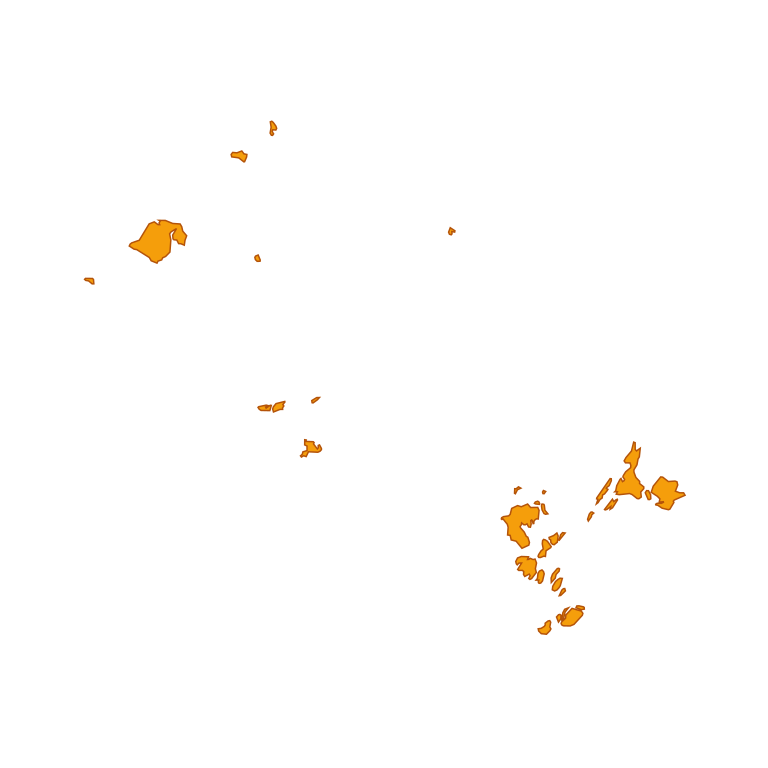 the border of Kepulauan Riau, rotated 256°
{"feature_id": "IDN-1796", "entity_name": "Kepulauan Riau", "entity_type": "Province", "adm_level": 1, "iso_a3": "IDN", "parent_name": "Indonesia", "parent_adm1": "", "projection": "albers", "projection_center": [105.285, 2.055], "detail": "fine", "context": "isolated", "style": "filled", "palette": "amber", "viewbox_px": 768, "rotation_deg": 256, "n_neighbors": 0, "source": "natural_earth", "source_scale": "10m", "svg_char_len": 6192}
<svg xmlns="http://www.w3.org/2000/svg" viewBox="0 0 768 768"><g transform="rotate(256 384 384)"><path d="M596.2,206.3L597.2,205.3L595.6,211.4L590.9,217.8L588.6,224.9L585.5,225.8L581.0,225.7L575.6,228.4L571.6,225.7L567.0,223.8L569.2,220.9L569.9,218.7L573.8,217.8L574.8,215.0L575.9,214.4L579.6,215.0L585.0,220.3L583.2,214.3L581.6,212.3L575.3,212.0L563.8,208.2L560.6,203.0L560.0,199.8L558.2,198.3L557.9,194.4L556.2,193.0L559.9,187.9L563.5,186.9L574.2,176.6L575.3,174.1L579.5,170.2L581.2,171.6L582.0,173.5L582.7,181.3L596.2,194.9L596.9,200.3L593.3,203.3L592.9,204.9L594.7,204.7L596.2,206.3ZM232.4,477.8L233.7,484.2L231.7,487.5L232.8,494.3L228.7,496.4L227.1,503.3L223.9,503.9L215.7,501.0L216.3,499.4L215.7,497.6L214.4,496.2L212.4,495.6L212.4,494.9L215.8,494.8L216.4,494.3L216.0,493.4L212.4,492.9L209.6,491.4L210.3,489.7L213.7,488.9L213.2,487.0L213.7,485.5L215.9,483.9L214.2,483.2L212.7,481.5L211.4,481.7L206.3,484.3L201.8,485.2L200.5,486.5L195.0,486.8L192.6,485.5L191.2,478.1L199.5,474.2L201.9,469.7L206.6,469.8L207.6,467.4L215.0,469.8L218.1,469.7L224.4,466.8L224.0,465.7L224.7,465.2L225.8,465.8L226.4,467.8L225.9,473.1L227.0,474.9L232.4,477.8ZM259.1,607.9L267.2,612.2L266.3,613.5L259.7,611.9L258.0,612.8L259.7,617.1L251.5,614.1L249.7,612.3L244.4,609.9L240.2,605.7L238.0,605.2L232.4,605.8L227.6,608.5L225.6,607.9L221.3,611.2L219.6,610.7L217.1,607.0L212.1,606.3L211.0,603.5L211.6,601.9L216.7,598.0L218.3,595.8L219.7,585.5L220.9,582.7L223.0,584.4L223.6,581.8L224.3,583.0L229.0,585.2L234.4,590.0L235.0,591.1L231.6,591.8L232.1,593.5L233.3,594.4L236.0,593.3L237.3,594.1L240.3,597.2L243.2,603.1L245.3,603.8L247.9,603.6L249.1,599.2L251.3,598.4L254.1,601.0L259.1,607.9ZM219.7,620.5L226.9,630.0L226.2,631.9L220.6,636.3L219.4,642.9L218.3,644.6L215.0,644.6L209.5,640.8L206.9,644.6L205.9,648.4L203.2,649.2L201.2,637.6L200.3,636.4L198.9,636.6L193.4,631.1L193.2,629.6L196.2,623.8L200.1,620.3L200.9,618.5L201.6,618.5L202.2,620.2L201.1,624.2L201.6,626.5L202.2,626.5L202.9,622.5L205.8,623.9L209.0,622.0L214.3,617.1L219.7,620.5ZM182.9,471.5L183.4,475.5L181.4,482.4L179.0,480.8L178.8,482.1L179.6,483.5L177.6,486.2L177.6,488.2L173.4,488.7L168.2,486.2L164.3,486.2L159.5,480.2L159.1,478.3L160.3,477.4L162.6,479.4L164.4,478.9L163.2,474.0L165.4,473.3L168.3,474.2L169.7,473.1L170.5,469.7L171.7,468.8L177.0,474.2L177.6,471.7L176.3,469.5L177.5,468.9L179.9,468.9L182.9,471.5ZM115.9,504.6L120.8,512.2L115.9,520.5L113.4,521.5L111.6,520.5L104.8,510.2L104.2,506.1L106.0,499.5L107.2,498.2L108.7,497.9L110.2,498.8L112.8,503.5L115.9,504.6ZM344.1,292.3L349.1,293.6L348.5,295.0L347.2,294.3L345.1,301.4L344.1,302.0L342.9,301.1L337.1,303.6L338.0,304.8L340.3,305.3L340.5,306.7L336.6,307.7L335.4,307.4L334.2,305.6L333.8,303.3L336.5,294.3L332.4,290.9L333.8,288.7L333.1,286.2L334.5,285.6L335.5,287.6L337.8,288.9L338.0,293.2L342.5,294.3L344.1,292.3ZM190.6,498.9L193.7,500.0L194.6,501.3L193.7,502.8L191.9,504.5L185.8,506.9L184.9,506.2L183.0,500.9L177.6,498.9L178.3,497.5L177.8,493.7L178.3,492.2L179.6,491.8L181.1,492.8L184.0,495.9L185.4,498.6L190.6,498.9ZM114.4,485.9L114.3,487.6L112.5,488.1L108.2,486.1L106.0,486.7L104.4,485.2L101.9,481.1L103.7,476.2L106.9,474.3L109.2,474.4L108.9,477.4L110.0,480.8L111.1,482.1L112.9,482.5L114.4,485.9ZM222.0,562.9L237.5,580.5L237.1,581.6L235.2,581.2L230.9,577.9L229.6,574.8L229.0,574.4L227.6,575.8L226.6,574.8L224.0,571.4L223.5,569.3L220.6,568.1L219.7,565.7L217.1,563.0L216.3,561.1L220.3,563.7L221.1,562.5L222.0,562.9ZM638.6,297.7L641.2,291.2L643.7,291.2L645.3,293.2L643.9,297.2L644.5,302.4L641.2,303.8L639.9,306.5L637.5,305.6L633.4,302.5L633.4,301.8L638.6,297.7ZM391.1,274.5L391.1,283.5L390.5,283.5L388.5,280.9L386.9,281.5L385.4,279.8L383.9,279.5L384.5,276.9L383.6,270.0L386.6,269.9L388.6,271.1L391.1,274.5ZM146.9,498.8L150.8,502.6L152.1,505.1L153.0,507.8L152.2,510.0L145.6,506.2L143.9,504.4L142.3,502.0L141.9,499.5L143.6,497.5L146.9,498.8ZM163.0,487.6L164.9,489.6L165.4,492.3L163.4,493.4L161.0,493.5L154.6,490.2L153.0,488.1L152.9,486.9L153.5,485.9L154.7,485.8L156.3,486.8L156.9,484.1L158.2,485.8L163.0,487.6ZM197.6,515.7L194.4,516.2L188.6,513.9L186.9,510.2L187.7,508.7L189.6,507.6L192.5,508.0L193.4,506.9L195.2,507.0L195.9,511.9L197.6,515.7ZM217.0,577.8L214.3,578.5L215.6,581.3L215.7,582.5L215.0,582.5L208.6,575.8L207.7,573.1L210.3,574.4L208.4,570.0L208.3,568.1L208.9,567.6L217.0,577.8ZM665.9,337.1L666.1,338.7L664.6,339.8L660.4,341.5L658.0,341.7L656.6,340.5L657.6,337.6L655.9,336.6L653.4,337.4L652.2,336.0L652.6,334.9L655.0,334.2L660.5,336.6L665.9,337.1ZM389.7,256.8L391.8,256.1L392.3,257.0L392.0,264.6L391.1,266.3L390.3,263.5L389.1,263.8L390.9,268.5L390.5,269.5L385.8,266.8L388.1,258.3L389.7,256.8ZM150.9,498.3L155.3,499.2L158.7,501.5L163.0,507.5L162.9,509.0L162.1,509.6L160.0,508.6L157.6,504.9L154.2,503.2L150.9,498.3ZM215.3,611.2L217.0,613.0L216.5,614.8L212.0,615.9L208.1,615.1L207.6,613.7L208.0,612.4L215.3,611.2ZM558.0,118.8L558.7,119.9L556.9,126.7L555.7,127.4L551.4,126.7L551.8,125.0L555.5,122.3L556.7,119.6L558.0,118.8ZM223.6,506.9L227.6,507.3L229.2,508.0L229.1,509.0L228.4,510.1L227.3,510.2L222.6,509.6L218.4,511.6L218.5,509.3L219.6,507.9L223.6,506.9ZM515.7,483.4L519.6,486.1L515.5,489.9L514.3,489.3L515.5,486.7L513.2,486.3L512.5,485.3L513.5,483.7L515.7,483.4ZM539.2,290.3L539.6,293.1L534.2,293.9L533.1,293.4L533.7,290.6L535.8,289.3L538.1,289.3L539.2,290.3ZM116.2,495.0L117.9,497.5L117.9,498.9L116.9,499.8L113.3,498.7L110.8,495.7L116.2,495.0ZM120.5,516.2L122.0,517.4L121.6,519.5L119.6,523.5L118.8,524.2L117.1,523.9L117.3,520.9L120.5,516.2ZM208.1,551.7L209.6,553.7L209.5,554.9L208.0,556.3L206.8,553.9L205.0,553.1L201.6,549.1L203.5,548.8L208.1,551.7ZM121.7,504.8L122.2,508.8L118.9,504.5L112.6,501.3L112.2,499.5L118.8,502.2L121.7,504.8ZM387.1,315.4L386.5,318.1L384.8,315.6L382.8,310.6L383.2,309.7L385.4,309.9L387.1,315.4ZM136.2,502.8L141.1,506.8L142.0,508.6L141.8,509.9L139.4,510.0L136.1,504.3L136.2,502.8ZM246.4,484.2L250.8,485.5L250.4,486.9L251.7,489.6L249.8,491.6L249.1,487.9L245.7,484.9L246.4,484.2ZM189.6,515.7L195.0,518.9L196.6,521.3L195.6,523.7L189.6,515.7ZM232.9,502.3L233.1,504.8L232.1,505.8L230.0,506.1L229.6,505.7L230.9,502.1L231.8,501.1L232.9,502.3ZM239.2,511.7L240.8,511.7L242.1,512.9L240.6,514.9L238.8,512.8L239.2,511.7Z" fill="#f59e0b" stroke="#b45309" stroke-width="1.5"/></g></svg>